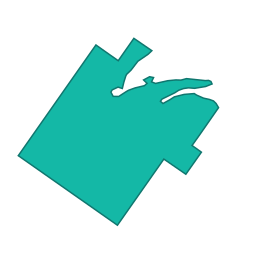 the district of Baraga, Michigan, United States of America, rotated 35°
{"feature_id": "52423323B69174987336620", "entity_name": "Baraga", "entity_type": "district", "adm_level": 2, "iso_a3": "USA", "parent_name": "United States of America", "parent_adm1": "Michigan", "projection": "mercator", "projection_center": [-88.299, 46.693], "detail": "fine", "context": "isolated", "style": "filled", "palette": "teal", "viewbox_px": 256, "rotation_deg": 35, "n_neighbors": 0, "source": "geoboundaries", "source_scale": "gbopen_adm2", "svg_char_len": 840}
<svg xmlns="http://www.w3.org/2000/svg" viewBox="0 0 256 256"><g transform="rotate(35 128 128)"><path d="M175.1,213.7L175.2,132.9L201.9,132.7L202.0,105.7L190.5,105.6L190.6,92.0L190.5,59.4L186.1,57.4L182.5,56.8L178.3,57.9L172.8,60.2L165.3,61.7L162.5,61.8L154.7,68.3L148.1,75.9L146.0,81.0L142.6,87.9L139.2,87.5L139.3,84.7L146.1,72.4L147.9,68.0L150.9,63.8L154.5,60.4L159.8,57.3L167.8,49.5L171.6,43.7L169.2,42.3L166.7,42.8L164.2,44.8L147.6,54.0L143.9,58.4L139.6,61.2L133.4,66.5L125.0,75.7L120.8,76.7L120.0,72.0L116.3,73.6L113.2,79.7L118.0,80.5L117.2,83.9L110.8,91.1L106.8,96.8L105.8,98.9L102.3,107.5L97.7,110.6L93.4,108.4L93.2,105.8L96.4,100.2L100.7,98.9L98.3,92.8L96.3,86.5L96.1,84.8L97.3,78.8L97.8,67.7L102.2,55.9L103.2,51.0L81.4,51.2L81.4,78.5L54.1,78.4L54.0,213.6L175.1,213.7Z" fill="#14b8a6" stroke="#0f766e" stroke-width="1.5"/></g></svg>